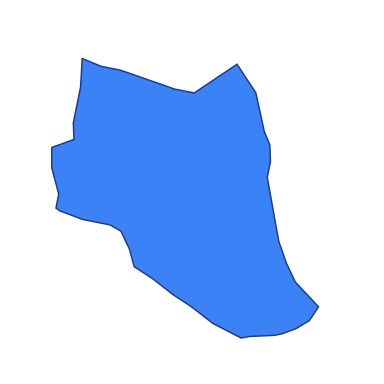 the district of Kangso, P'yŏngan-namdo, North Korea, rotated 11°
{"feature_id": "82179303B75449776739739", "entity_name": "Kangso", "entity_type": "district", "adm_level": 2, "iso_a3": "PRK", "parent_name": "North Korea", "parent_adm1": "P'yŏngan-namdo", "projection": "robinson", "projection_center": [125.47, 38.953], "detail": "fine", "context": "isolated", "style": "filled", "palette": "blue", "viewbox_px": 384, "rotation_deg": 11, "n_neighbors": 0, "source": "geoboundaries", "source_scale": "gbopen_adm2", "svg_char_len": 711}
<svg xmlns="http://www.w3.org/2000/svg" viewBox="0 0 384 384"><g transform="rotate(11 192 192)"><path d="M251.4,118.8L235.7,82.4L211.8,58.0L201.9,67.9L195.5,74.2L175.3,94.4L155.2,94.3L127.1,90.2L99.0,86.1L78.9,86.0L58.8,81.9L62.6,110.3L62.3,146.7L66.1,162.9L45.9,175.0L48.1,186.7L49.8,195.2L61.6,219.5L61.5,233.7L65.5,235.7L89.6,239.8L105.6,239.9L117.7,239.9L129.7,244.0L141.6,260.2L149.5,276.4L169.6,284.5L193.6,296.7L213.6,304.9L237.7,317.1L268.3,326.0L268.7,325.7L276.2,322.8L300.2,317.0L307.4,314.0L320.4,306.1L331.8,295.7L338.1,280.6L310.5,260.6L298.6,244.4L286.7,224.1L278.8,203.9L271.0,183.6L263.1,163.4L263.2,147.2L259.4,131.0L251.4,118.8Z" fill="#3b82f6" stroke="#1e3a8a" stroke-width="1.5"/></g></svg>